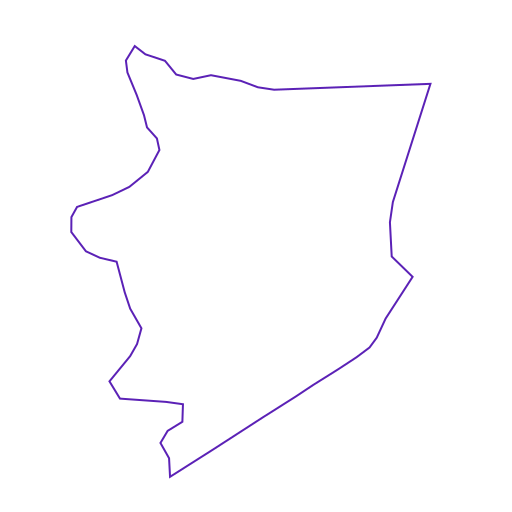 Lagoa de Itaenga, Pernambuco, Brazil (Equal Earth projection), rotated 267°
{"feature_id": "56859067B83108887240986", "entity_name": "Lagoa de Itaenga", "entity_type": "district", "adm_level": 2, "iso_a3": "BRA", "parent_name": "Brazil", "parent_adm1": "Pernambuco", "projection": "equal_earth", "projection_center": [-35.295, -7.91], "detail": "fine", "context": "isolated", "style": "outline", "palette": "violet", "viewbox_px": 512, "rotation_deg": 267, "n_neighbors": 0, "source": "geoboundaries", "source_scale": "gbopen_adm2", "svg_char_len": 826}
<svg xmlns="http://www.w3.org/2000/svg" viewBox="0 0 512 512"><g transform="rotate(267 256 256)"><path d="M289.6,72.8L269.6,86.4L262.4,100.0L257.6,116.5L226.6,123.0L210.0,127.6L189.8,137.8L174.3,132.6L162.6,125.1L138.5,103.1L120.7,112.7L115.0,158.6L111.8,175.3L94.3,173.8L86.0,158.6L74.3,150.8L58.6,158.6L40.0,158.6L64.6,202.3L94.8,254.9L113.6,288.4L124.2,306.3L138.5,332.0L149.7,351.2L158.7,364.6L168.1,372.3L186.8,382.2L208.6,398.0L227.0,411.3L248.4,391.5L265.9,391.5L282.7,391.5L302.7,395.5L418.8,439.2L421.1,282.8L424.4,266.7L431.7,250.0L438.9,220.5L436.1,202.6L441.4,185.8L455.7,175.3L463.2,156.1L472.0,145.9L458.0,136.3L446.0,137.2L423.0,145.3L402.5,151.5L390.1,153.9L378.6,163.2L366.9,165.1L345.7,152.4L331.7,133.2L324.3,115.5L314.4,79.9L304.5,73.7L289.6,72.8Z" fill="none" stroke="#5b21b6" stroke-width="2"/></g></svg>